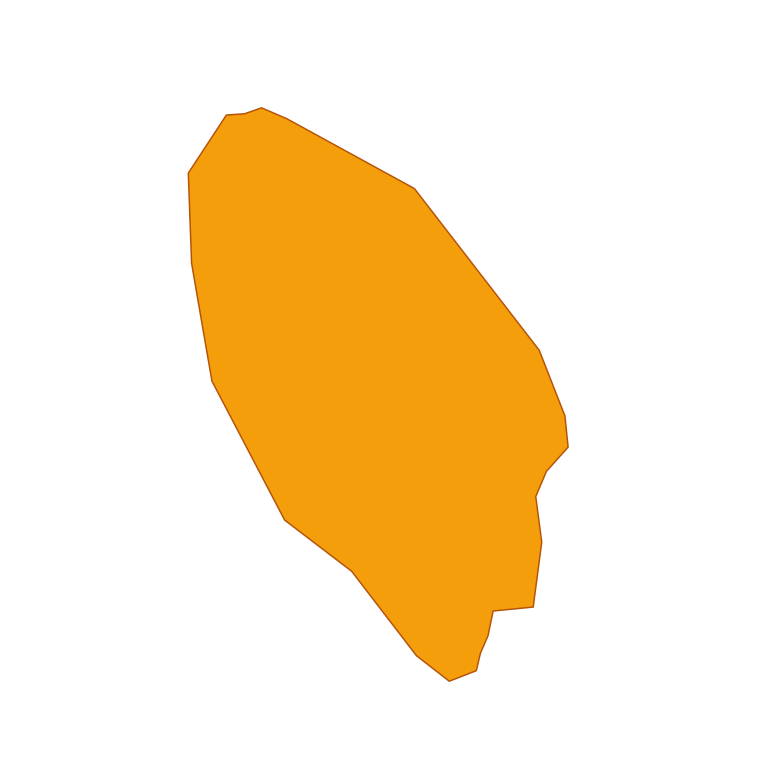 outline of Moravce, rotated 253°
{"feature_id": "SVN-972", "entity_name": "Moravce", "entity_type": "Municipality", "adm_level": 1, "iso_a3": "SVN", "parent_name": "Slovenia", "parent_adm1": "", "projection": "equal_earth", "projection_center": [14.749, 46.134], "detail": "fine", "context": "isolated", "style": "filled", "palette": "amber", "viewbox_px": 768, "rotation_deg": 253, "n_neighbors": 0, "source": "natural_earth", "source_scale": "10m", "svg_char_len": 456}
<svg xmlns="http://www.w3.org/2000/svg" viewBox="0 0 768 768"><g transform="rotate(253 384 384)"><path d="M666.2,368.5L562.0,470.2L370.9,542.3L300.6,547.7L269.8,541.6L252.9,513.7L231.9,496.2L186.6,488.6L127.1,461.5L135.0,422.0L112.9,409.9L98.2,397.4L82.9,388.5L80.7,359.5L114.7,335.6L214.4,298.3L282.9,249.2L437.1,220.3L555.7,235.3L642.9,258.5L687.3,311.9L683.2,329.5L683.9,347.6L666.2,368.5Z" fill="#f59e0b" stroke="#b45309" stroke-width="1.5"/></g></svg>